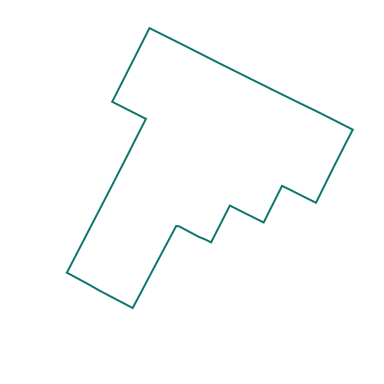 the district of Will, Illinois, United States of America, rotated 118°
{"feature_id": "52423323B88111597470225", "entity_name": "Will", "entity_type": "district", "adm_level": 2, "iso_a3": "USA", "parent_name": "United States of America", "parent_adm1": "Illinois", "projection": "robinson", "projection_center": [-87.929, 41.465], "detail": "fine", "context": "isolated", "style": "outline", "palette": "teal", "viewbox_px": 384, "rotation_deg": 118, "n_neighbors": 0, "source": "geoboundaries", "source_scale": "gbopen_adm2", "svg_char_len": 729}
<svg xmlns="http://www.w3.org/2000/svg" viewBox="0 0 384 384"><g transform="rotate(118 192 192)"><path d="M64.6,192.9L64.6,193.1L65.1,212.0L65.6,230.9L66.3,268.7L67.3,306.5L149.8,304.8L149.1,267.0L168.9,266.7L190.5,266.2L230.5,265.6L322.0,264.6L322.1,239.5L322.5,228.6L322.4,204.9L322.3,197.0L322.3,189.9L310.9,189.9L304.0,189.9L277.0,190.0L276.7,190.0L260.9,190.0L229.5,190.0L228.4,187.5L228.4,177.3L228.4,164.7L227.7,157.9L227.5,151.5L220.6,151.6L186.2,152.2L185.8,133.3L185.3,114.4L144.3,115.4L143.9,103.1L143.8,96.4L143.6,87.8L143.3,77.5L131.6,77.8L112.5,78.4L101.6,78.7L83.2,79.0L81.1,79.1L61.5,79.3L61.7,91.8L62.2,117.7L62.9,136.3L63.5,155.1L63.9,167.9L64.6,192.9Z" fill="none" stroke="#0f766e" stroke-width="2"/></g></svg>